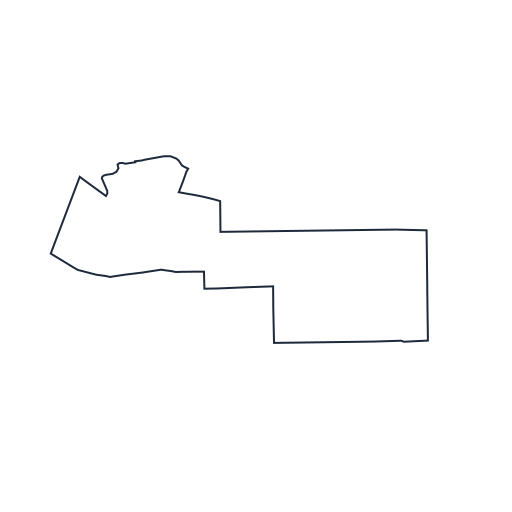 outline of Poroschia, Teleorman, Romania, rotated 219°
{"feature_id": "2599482B54439114477168", "entity_name": "Poroschia", "entity_type": "district", "adm_level": 2, "iso_a3": "ROU", "parent_name": "Romania", "parent_adm1": "Teleorman", "projection": "albers", "projection_center": [25.313, 43.915], "detail": "fine", "context": "isolated", "style": "outline", "palette": "slate", "viewbox_px": 512, "rotation_deg": 219, "n_neighbors": 0, "source": "geoboundaries", "source_scale": "gbopen_adm2", "svg_char_len": 1176}
<svg xmlns="http://www.w3.org/2000/svg" viewBox="0 0 512 512"><g transform="rotate(219 256 256)"><path d="M162.6,365.6L163.3,365.1L298.8,252.4L318.4,276.1L325.4,273.1L330.4,270.7L334.4,268.8L341.5,265.1L350.4,260.1L356.1,257.0L359.4,267.1L362.1,274.9L363.1,277.6L363.7,281.2L367.5,280.2L370.4,279.8L376.2,281.5L379.1,281.6L385.2,279.7L390.4,275.5L402.8,261.1L404.9,258.3L409.6,253.5L408.8,252.9L415.5,245.6L418.5,244.2L420.6,242.2L421.1,239.9L418.1,237.6L417.5,233.6L419.0,229.8L423.6,224.7L425.0,222.6L425.3,220.7L424.6,219.3L412.6,213.0L410.9,211.0L410.4,208.2L431.1,207.1L442.8,206.6L418.5,133.1L417.0,128.7L403.0,130.6L391.0,132.2L385.6,133.1L368.2,141.0L360.2,145.9L356.3,147.8L346.4,158.7L334.0,171.5L321.2,185.6L312.2,191.0L308.1,193.2L304.2,196.6L294.3,204.8L286.6,211.1L275.5,198.1L274.6,198.9L270.4,202.4L265.3,206.7L243.5,225.9L223.6,243.2L209.8,226.4L200.4,215.3L187.3,199.8L137.9,240.9L121.2,254.8L110.9,263.4L107.5,266.3L89.9,281.5L87.0,282.5L84.9,284.4L78.1,290.5L69.2,298.4L71.5,301.3L81.7,313.5L90.1,323.6L97.3,332.3L99.0,334.3L101.8,337.7L103.4,339.7L103.9,340.3L139.6,383.3L154.4,371.9L162.6,365.6Z" fill="none" stroke="#1e293b" stroke-width="2"/></g></svg>